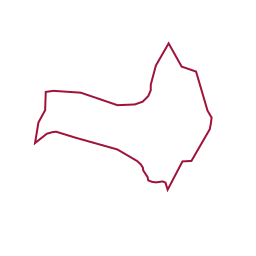 an SVG outline of Ptuj, rotated 329°
{"feature_id": "SVN-216", "entity_name": "Ptuj", "entity_type": "Municipality", "adm_level": 1, "iso_a3": "SVN", "parent_name": "Slovenia", "parent_adm1": "", "projection": "natural_earth1", "projection_center": [15.87, 46.441], "detail": "fine", "context": "isolated", "style": "outline", "palette": "rose", "viewbox_px": 256, "rotation_deg": 329, "n_neighbors": 0, "source": "natural_earth", "source_scale": "10m", "svg_char_len": 612}
<svg xmlns="http://www.w3.org/2000/svg" viewBox="0 0 256 256"><g transform="rotate(329 128 128)"><path d="M76.1,54.7L83.3,57.8L105.7,73.4L130.7,103.0L145.9,111.3L154.1,113.0L161.8,111.1L166.9,107.4L169.9,102.5L184.1,88.8L206.4,76.4L205.6,103.0L215.4,114.7L205.1,154.1L205.0,162.2L201.2,167.0L197.4,171.2L165.4,188.9L157.5,184.7L130.2,201.3L132.0,194.1L130.1,191.6L124.1,189.1L120.9,186.6L118.4,183.4L119.5,180.0L119.2,172.2L120.3,169.7L120.3,166.1L118.9,161.2L107.8,140.9L78.4,109.7L64.4,94.1L61.0,92.6L55.5,91.1L40.6,93.0L54.1,77.1L66.1,70.1L76.1,54.7Z" fill="none" stroke="#9f1239" stroke-width="2"/></g></svg>